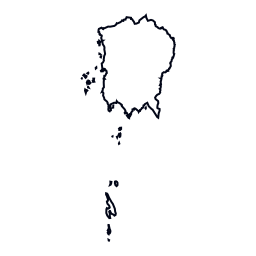 the district of Mueang Krabi, Krabi, Thailand
{"feature_id": "78962969B35489784077256", "entity_name": "Mueang Krabi", "entity_type": "district", "adm_level": 2, "iso_a3": "THA", "parent_name": "Thailand", "parent_adm1": "Krabi", "projection": "equal_earth", "projection_center": [98.827, 7.974], "detail": "fine", "context": "isolated", "style": "outline", "palette": "ink", "viewbox_px": 256, "rotation_deg": 0, "n_neighbors": 0, "source": "geoboundaries", "source_scale": "gbopen_adm2", "svg_char_len": 5749}
<svg xmlns="http://www.w3.org/2000/svg" viewBox="0 0 256 256"><path d="M98.4,31.9L99.2,32.0L99.3,33.1L99.8,33.6L99.5,34.3L99.8,34.8L101.5,35.3L101.8,35.9L101.2,37.9L102.0,40.7L102.8,40.7L102.2,41.2L102.8,44.3L104.2,46.4L104.5,47.8L104.3,49.3L105.1,53.9L104.2,56.0L103.7,59.6L103.9,60.5L103.0,62.4L101.7,63.5L102.4,68.8L101.8,70.0L100.9,70.8L101.2,71.4L102.9,71.3L103.4,69.0L103.9,68.7L104.9,69.0L105.1,69.3L105.0,70.4L106.3,70.6L106.5,71.1L106.8,72.9L106.5,73.0L105.2,75.8L104.8,76.1L104.3,76.0L104.1,77.9L104.7,78.8L103.6,78.8L103.9,80.7L103.7,81.9L103.9,87.3L102.8,88.6L102.8,89.9L102.0,91.7L102.4,91.5L103.4,93.1L103.1,95.6L104.1,97.7L104.4,99.4L106.9,101.5L107.6,102.6L107.6,103.6L108.4,104.9L108.7,106.0L108.4,106.7L108.6,107.7L108.3,109.1L108.6,110.6L109.7,111.3L110.2,110.5L110.9,110.3L110.9,109.4L110.4,108.3L110.5,104.4L114.2,102.7L116.3,103.0L116.6,102.3L116.5,102.0L116.4,102.4L116.5,102.0L117.1,101.6L117.5,102.3L119.3,103.0L121.8,104.8L121.9,105.4L121.6,105.6L121.8,106.1L124.5,109.1L125.4,110.6L125.3,112.1L124.7,112.7L124.8,113.1L125.1,113.5L125.5,113.3L126.0,112.3L126.8,112.8L127.6,114.9L127.6,115.4L127.0,115.7L128.5,117.8L129.1,118.1L129.1,117.3L129.4,116.9L129.0,115.9L128.5,116.0L128.7,114.9L129.8,114.0L130.6,114.1L130.8,114.8L131.1,114.2L130.7,114.0L130.7,113.5L131.7,111.8L132.6,111.0L132.5,109.8L132.9,109.9L133.3,108.9L133.9,108.7L134.2,109.0L134.3,108.4L134.6,108.3L135.5,108.7L138.5,111.2L138.7,111.9L139.4,110.9L140.0,110.9L140.0,110.0L141.1,109.4L141.9,108.0L142.7,107.9L143.3,106.9L143.5,105.4L144.3,105.2L144.8,104.2L147.3,102.8L148.8,106.3L151.8,109.2L152.5,109.5L157.2,117.0L158.2,117.7L158.7,113.2L159.6,110.7L159.6,109.0L157.5,108.2L157.3,107.3L157.6,104.9L158.3,103.2L158.1,101.1L155.6,99.1L155.1,97.6L156.0,96.1L157.3,94.7L159.2,93.9L160.2,92.5L160.0,91.4L160.5,90.0L159.7,88.9L160.4,88.4L160.8,86.9L160.8,85.3L160.2,85.2L160.6,84.7L160.4,84.4L161.0,84.2L160.6,81.4L160.9,81.2L161.3,79.4L161.3,78.8L161.0,78.6L161.4,78.6L161.5,78.3L161.6,76.3L162.1,76.2L162.4,75.5L162.1,74.6L162.3,73.3L163.8,72.2L165.2,72.4L165.8,72.1L166.5,70.8L167.0,71.1L168.0,70.9L167.7,70.3L168.8,69.5L169.0,68.6L169.5,68.5L170.8,66.0L170.6,64.0L170.3,63.6L170.6,63.2L170.4,62.5L171.5,61.4L171.8,59.4L172.5,58.6L172.4,57.7L172.9,57.6L172.8,57.2L173.4,56.9L174.2,54.0L173.9,53.9L173.6,52.9L173.7,50.5L174.0,50.0L173.6,48.8L174.2,48.1L174.3,46.8L174.6,46.1L174.5,44.9L174.8,44.6L174.3,43.8L174.4,42.4L174.0,41.8L173.9,40.7L173.2,40.2L173.0,39.4L173.8,38.8L173.7,38.2L173.0,37.8L172.3,38.3L172.2,38.0L171.1,37.9L170.2,36.6L169.8,35.1L168.1,34.0L167.5,32.9L167.3,33.0L167.2,32.2L166.6,31.5L166.5,30.8L165.6,29.9L163.7,29.3L162.9,28.0L162.8,27.4L162.3,27.2L161.6,28.1L160.9,28.0L160.6,28.6L159.8,28.6L158.4,28.1L157.5,27.1L155.9,26.3L155.5,25.8L155.6,24.9L155.0,24.4L154.9,22.2L152.8,20.4L151.0,19.9L147.9,20.8L146.4,17.9L145.9,15.4L144.8,16.7L143.6,17.1L139.4,20.4L138.9,22.5L136.4,23.6L134.7,23.8L133.8,21.5L133.1,20.8L132.2,19.2L131.0,19.0L131.0,17.8L126.6,17.2L126.3,18.2L125.7,18.6L125.5,19.6L123.8,19.7L123.4,20.2L123.3,20.8L122.1,20.4L121.8,21.1L120.1,22.3L117.1,23.6L116.7,23.3L115.9,24.8L114.4,25.9L110.1,26.7L108.1,26.6L104.5,28.2L103.5,28.2L103.7,28.5L103.2,29.1L102.8,28.9L102.8,28.2L102.2,28.3L101.5,27.7L98.9,28.9L98.6,29.7L98.4,31.9ZM114.8,208.7L112.8,203.8L111.6,202.2L109.0,197.6L107.6,194.3L106.9,193.5L106.1,193.3L106.1,194.7L106.6,195.3L108.0,199.5L107.9,200.8L106.9,201.4L106.9,201.8L107.5,203.8L109.1,205.6L109.7,207.4L109.4,208.0L108.6,208.1L108.0,208.7L106.9,208.1L106.4,209.2L106.3,213.0L107.3,215.6L109.3,218.1L110.2,218.0L109.8,216.1L109.8,213.6L109.2,211.7L109.8,210.9L110.1,211.0L110.6,212.4L111.6,213.8L113.7,214.7L114.4,215.6L115.5,215.0L115.8,213.4L115.2,211.8L114.8,208.7ZM110.4,231.8L110.3,230.4L109.6,228.8L108.6,224.2L108.4,225.0L108.9,228.1L107.7,230.5L108.6,231.3L107.7,232.7L108.5,234.2L108.7,234.3L108.9,233.6L109.8,233.3L110.4,231.8ZM116.0,181.3L115.0,181.6L114.9,183.3L115.5,185.2L116.6,186.1L117.5,185.1L117.5,182.8L117.0,181.9L116.0,181.3ZM120.5,133.7L120.3,133.4L119.8,133.9L119.1,133.8L118.6,135.0L118.7,135.5L119.5,135.9L119.8,136.8L120.2,136.6L120.4,135.6L120.5,133.7ZM121.1,127.7L119.9,127.8L119.0,128.7L119.4,129.4L119.3,129.9L120.1,130.0L121.1,129.1L121.1,127.7ZM85.9,90.1L85.2,89.5L85.0,90.6L85.8,93.0L86.3,91.4L87.3,90.6L86.7,90.0L85.9,90.1ZM111.4,181.9L110.4,181.7L110.5,183.6L110.0,185.0L110.6,184.7L111.1,183.7L111.4,181.9ZM89.5,82.9L89.1,82.4L88.6,83.2L88.7,83.9L89.5,83.9L90.5,82.8L90.1,82.4L89.5,82.9ZM85.6,77.8L86.5,76.7L86.5,76.0L86.0,75.8L85.7,76.4L85.0,76.8L85.0,77.2L85.6,77.8ZM93.8,80.6L92.8,80.9L93.1,81.9L94.3,81.7L93.8,80.6ZM100.4,41.9L99.2,40.8L99.0,42.4L99.7,42.4L100.0,42.7L100.4,41.9ZM83.8,75.8L84.6,75.5L84.3,74.5L84.0,74.5L83.3,75.4L83.8,75.8ZM98.4,41.6L97.8,41.8L98.1,43.1L98.6,43.2L99.0,42.5L98.4,41.6ZM88.8,81.8L89.1,80.9L88.4,80.6L88.2,81.6L88.8,81.8ZM94.0,79.4L94.1,78.6L93.3,78.6L93.3,79.3L94.0,79.4ZM96.3,67.3L95.7,67.8L95.8,68.5L96.4,68.0L96.3,67.3ZM88.4,73.0L88.2,72.7L87.4,73.3L88.0,73.7L88.4,73.0ZM100.9,57.3L101.2,56.3L101.0,56.2L100.5,57.0L100.9,57.3ZM99.6,45.3L99.8,44.5L99.2,43.8L99.3,45.3L99.6,45.3ZM87.2,81.6L86.8,82.5L87.0,83.1L87.4,81.8L87.2,81.6ZM81.9,78.2L81.2,77.8L81.8,78.4L81.9,78.2ZM145.7,108.5L145.9,108.1L145.8,107.6L145.4,108.1L145.7,108.5ZM117.3,136.6L116.9,136.8L117.2,137.5L117.4,137.0L117.3,136.6ZM108.9,240.6L109.1,240.1L108.6,239.8L108.7,240.5L108.9,240.6ZM100.1,54.1L99.7,53.7L99.4,53.6L99.4,54.1L100.1,54.1ZM113.2,107.6L113.2,106.9L112.7,107.7L113.2,107.6ZM88.6,87.6L88.2,86.9L88.0,87.0L88.0,87.4L88.6,87.6ZM119.1,143.0L118.9,143.4L119.0,143.8L119.3,143.6L119.1,143.0ZM112.2,137.2L112.5,136.8L112.5,136.4L112.3,136.5L112.2,137.2ZM113.2,105.9L113.3,105.5L113.1,105.2L113.2,105.9Z" fill="none" stroke="#020617" stroke-width="2"/></svg>